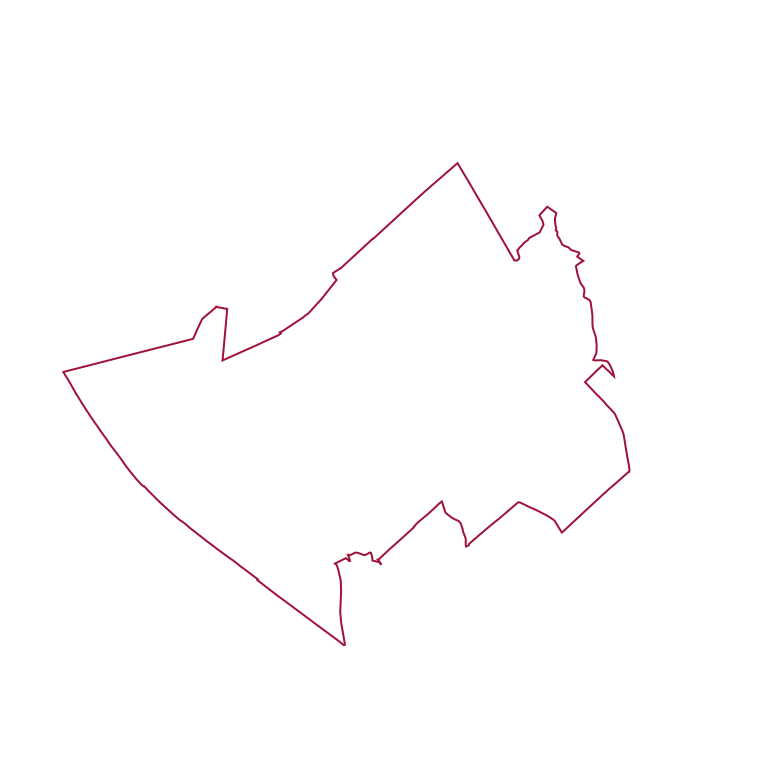 Bestepe, Tulcea, Romania, rotated 225°
{"feature_id": "2599482B43256284009930", "entity_name": "Bestepe", "entity_type": "district", "adm_level": 2, "iso_a3": "ROU", "parent_name": "Romania", "parent_adm1": "Tulcea", "projection": "orthographic", "projection_center": [29.01, 45.096], "detail": "fine", "context": "isolated", "style": "outline", "palette": "rose", "viewbox_px": 768, "rotation_deg": 225, "n_neighbors": 0, "source": "geoboundaries", "source_scale": "gbopen_adm2", "svg_char_len": 4510}
<svg xmlns="http://www.w3.org/2000/svg" viewBox="0 0 768 768"><g transform="rotate(225 384 384)"><path d="M335.0,155.8L332.3,156.1L309.7,159.0L300.8,160.4L250.9,167.7L236.7,169.9L230.5,170.6L227.8,170.9L227.2,171.7L228.0,172.6L245.3,184.8L253.7,191.8L260.6,199.3L268.1,207.5L275.6,214.4L279.5,216.9L284.0,219.7L287.8,221.8L288.9,222.3L290.2,222.5L291.7,222.3L287.8,233.9L283.2,234.3L282.9,234.9L286.4,236.8L288.4,237.4L288.8,237.7L288.3,238.1L286.9,239.3L285.9,241.9L285.4,243.4L285.0,244.5L284.6,245.0L284.0,245.5L283.1,246.1L282.0,246.6L280.8,247.2L277.4,248.7L277.1,248.9L276.5,249.6L275.4,252.5L275.1,254.5L274.5,255.1L273.8,255.3L270.3,253.5L267.3,251.0L261.7,254.5L259.0,254.3L258.9,254.6L261.3,255.2L264.3,255.5L264.0,256.0L263.7,256.9L263.2,272.2L262.2,288.6L261.7,299.7L261.5,303.5L262.0,303.9L262.0,304.1L261.9,304.4L261.9,304.9L262.1,307.2L262.2,308.5L261.8,314.2L260.9,323.6L260.5,334.6L260.5,337.6L260.1,341.8L259.1,341.4L255.2,339.4L250.3,336.8L248.7,336.5L244.8,337.0L241.3,337.4L237.3,338.7L234.3,339.9L232.8,339.8L231.5,339.8L226.1,337.2L223.2,335.3L217.5,332.8L216.2,331.8L212.6,328.1L211.0,327.1L210.0,330.0L210.8,331.2L209.7,346.0L208.5,360.6L207.3,371.2L205.5,394.8L205.3,395.3L204.8,395.9L203.2,396.7L202.0,397.1L198.5,398.3L196.4,399.0L192.0,400.6L189.6,401.6L186.9,402.6L183.0,403.9L179.2,405.1L175.9,406.2L172.9,406.9L168.3,407.8L167.2,407.9L166.3,407.9L163.5,407.2L158.4,405.9L153.3,404.7L153.1,404.7L153.0,404.9L153.1,405.6L151.6,446.5L151.1,457.4L151.1,459.5L150.6,469.1L149.9,477.9L148.9,494.6L149.0,495.6L148.8,495.6L149.2,496.5L151.8,498.5L155.1,500.9L159.0,503.5L163.2,506.5L168.2,510.0L170.3,511.6L171.6,512.5L173.2,513.7L177.4,516.7L179.9,518.3L180.8,518.8L183.8,520.0L190.6,522.7L195.7,524.7L199.0,525.9L200.7,526.3L203.3,526.4L208.0,526.5L212.9,526.6L215.8,527.0L223.0,527.1L223.7,527.1L227.2,527.0L229.5,527.1L232.6,527.2L243.2,527.5L243.0,539.6L243.0,543.4L243.0,545.1L242.7,551.8L237.3,551.7L233.7,552.0L231.5,551.9L226.7,552.0L227.8,552.8L230.1,554.0L230.5,554.5L233.0,555.4L237.1,557.0L241.7,557.9L242.6,557.6L247.5,554.2L251.6,549.7L253.1,549.0L253.5,550.1L255.8,556.2L261.1,561.8L264.3,564.5L267.8,567.2L275.6,571.1L277.6,572.6L280.3,575.1L285.4,580.1L293.5,586.3L295.7,587.9L297.0,588.5L298.2,588.6L300.0,588.2L303.3,587.0L304.7,587.1L305.9,588.6L307.8,591.3L310.0,593.0L311.6,593.5L313.2,593.8L315.9,594.2L317.1,594.6L321.7,596.9L325.2,598.7L328.0,600.6L330.1,602.1L331.2,602.6L331.7,603.1L331.8,604.1L330.8,609.2L330.1,612.0L337.4,610.7L337.7,611.7L338.0,613.8L338.2,614.5L338.5,614.6L339.6,614.6L346.6,611.0L348.2,611.1L350.4,611.0L352.6,609.9L354.5,609.1L356.6,608.6L359.5,609.7L361.8,610.4L363.1,611.0L364.7,611.0L365.8,611.2L366.5,611.6L367.5,612.4L368.9,614.1L369.7,614.4L371.1,614.0L371.3,614.1L371.8,615.4L376.9,618.9L380.3,622.1L383.0,626.7L393.9,624.8L393.4,613.2L387.0,611.3L383.9,609.5L381.1,601.3L384.5,590.2L384.4,589.0L384.1,587.8L384.6,584.0L384.8,583.0L384.7,581.4L384.5,579.5L384.6,576.9L384.3,574.4L384.2,572.6L378.2,569.6L377.1,568.2L377.2,565.4L379.2,563.6L383.4,564.7L387.9,565.8L392.5,567.1L399.5,569.0L427.7,576.5L428.9,576.8L435.0,578.5L438.8,579.4L456.3,584.0L456.6,584.1L457.5,584.3L459.6,584.9L472.4,588.2L475.7,589.0L488.2,592.2L491.2,549.7L491.8,537.9L494.3,479.2L494.6,479.1L494.6,478.6L494.7,478.4L496.4,435.6L496.5,435.3L498.6,426.5L496.9,425.2L496.2,424.7L491.1,424.0L490.8,421.6L488.3,400.2L487.4,380.6L488.0,377.1L488.2,376.4L488.2,374.3L493.1,349.8L493.5,348.7L494.2,346.8L493.9,346.8L492.6,346.8L493.3,343.4L494.6,340.0L503.1,317.2L503.7,315.6L505.7,310.5L514.8,286.5L547.9,326.2L552.4,323.2L555.6,320.8L555.9,320.6L556.3,320.8L556.9,320.6L557.4,320.1L557.3,319.4L557.2,318.0L557.4,314.8L558.3,305.1L558.5,301.8L558.4,300.9L557.1,297.4L554.4,289.9L551.6,282.8L551.0,281.2L550.9,281.0L588.1,218.4L599.9,198.4L617.9,168.1L618.8,166.5L619.2,165.7L615.5,164.8L611.7,164.0L605.5,162.4L599.9,160.8L594.8,159.4L591.3,158.6L583.3,156.7L578.4,155.6L577.2,155.3L569.7,153.8L564.0,152.7L560.2,152.0L556.3,151.4L551.2,150.4L546.1,149.5L541.1,148.8L535.1,147.5L529.2,146.7L522.7,145.9L516.2,144.9L508.7,143.5L500.7,142.5L495.9,142.1L492.6,141.7L484.4,141.3L481.5,141.6L481.1,142.1L476.0,141.9L467.8,141.9L459.1,141.9L456.0,142.0L449.5,142.3L441.6,142.7L433.2,143.3L429.0,144.0L427.3,144.4L423.4,144.7L419.3,145.0L412.0,145.9L405.5,146.7L399.9,147.4L398.3,147.5L391.8,148.5L385.0,149.4L376.6,150.7L371.0,151.6L364.7,152.7L360.7,153.2L356.4,153.6L352.2,154.3L335.0,156.7L335.0,155.8Z" fill="none" stroke="#9f1239" stroke-width="2"/></g></svg>